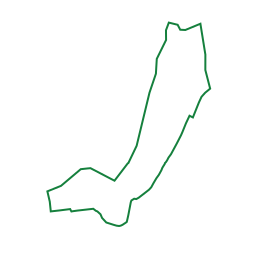 outline of Conway, Castries, Saint Lucia, rotated 257°
{"feature_id": "8701671B31601381418998", "entity_name": "Conway", "entity_type": "district", "adm_level": 2, "iso_a3": "LCA", "parent_name": "Saint Lucia", "parent_adm1": "Castries", "projection": "mercator", "projection_center": [-60.991, 14.014], "detail": "fine", "context": "isolated", "style": "outline", "palette": "green", "viewbox_px": 256, "rotation_deg": 257, "n_neighbors": 0, "source": "geoboundaries", "source_scale": "gbopen_adm2", "svg_char_len": 1107}
<svg xmlns="http://www.w3.org/2000/svg" viewBox="0 0 256 256"><g transform="rotate(257 128 128)"><path d="M93.6,119.8L83.9,108.1L79.7,103.0L83.0,99.1L97.3,82.4L97.7,79.4L98.5,72.7L86.7,49.7L84.4,35.2L74.6,35.2L73.8,35.2L64.1,34.0L63.1,42.6L62.0,53.4L60.4,53.8L59.4,54.1L59.3,55.9L58.9,60.3L58.8,61.1L57.5,72.5L57.3,74.1L57.1,76.0L54.6,78.0L53.6,79.4L50.1,81.8L46.2,82.5L40.8,85.6L36.9,92.2L35.4,94.9L34.5,97.3L34.5,98.4L34.5,99.0L34.9,100.9L35.7,103.0L35.9,103.6L36.7,105.6L38.0,106.3L43.0,108.7L55.0,114.0L56.6,115.0L57.7,118.1L56.9,120.1L57.7,122.8L61.1,130.2L63.1,134.5L65.0,137.3L68.5,140.4L72.7,144.4L75.4,147.5L79.3,151.0L81.6,152.6L84.7,155.7L85.5,156.1L86.1,157.1L87.0,158.1L87.8,158.9L88.6,159.6L89.7,160.5L90.3,161.1L92.8,164.0L102.1,172.2L109.1,178.1L111.8,180.1L119.5,185.5L126.1,190.7L123.7,193.6L136.9,202.8L141.9,206.7L145.0,211.1L147.9,216.9L167.1,216.4L182.1,219.9L210.4,221.8L213.3,222.0L210.6,205.9L212.0,201.0L217.4,199.6L221.5,191.5L214.7,187.0L205.2,184.9L188.9,171.6L174.6,167.4L157.6,156.9L108.7,132.4L93.8,120.5L93.6,119.8Z" fill="none" stroke="#15803d" stroke-width="2"/></g></svg>